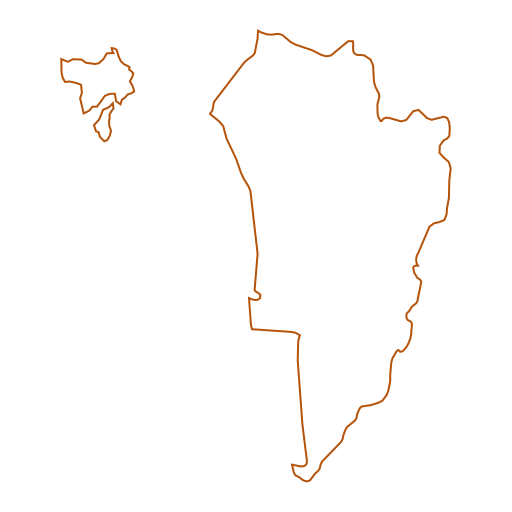 map outline of Kedah (Natural Earth projection)
{"feature_id": "MYS-1140", "entity_name": "Kedah", "entity_type": "State", "adm_level": 1, "iso_a3": "MYS", "parent_name": "Malaysia", "parent_adm1": "", "projection": "natural_earth1", "projection_center": [100.502, 5.804], "detail": "fine", "context": "isolated", "style": "outline", "palette": "amber", "viewbox_px": 512, "rotation_deg": 0, "n_neighbors": 0, "source": "natural_earth", "source_scale": "10m", "svg_char_len": 3455}
<svg xmlns="http://www.w3.org/2000/svg" viewBox="0 0 512 512"><path d="M258.1,30.7L260.7,32.2L266.7,34.3L271.2,34.7L278.2,33.8L282.2,34.9L290.8,42.1L295.7,44.7L312.1,50.2L321.3,54.9L326.1,56.3L330.9,55.5L348.2,41.2L352.8,41.2L353.2,43.1L353.1,50.1L353.8,52.7L356.1,54.6L358.6,55.0L361.4,55.0L364.4,55.5L370.6,59.6L373.1,65.6L373.9,80.4L374.5,84.0L375.7,87.4L378.9,93.7L379.4,96.3L378.8,99.2L378.0,101.8L377.9,102.1L377.4,104.9L377.6,113.9L378.2,116.5L380.5,121.1L381.7,121.0L383.1,118.9L386.4,117.6L390.0,118.2L401.2,121.4L406.3,119.9L413.3,111.2L418.5,109.9L427.1,118.1L431.6,119.8L443.9,116.7L447.3,118.1L449.1,122.1L449.8,128.5L449.3,136.0L446.9,138.7L443.4,140.6L439.8,145.8L439.5,152.9L443.8,157.6L448.8,162.0L450.7,168.2L449.3,180.4L448.9,198.1L447.0,208.3L446.6,214.2L444.5,219.9L439.6,222.0L434.0,223.3L429.5,226.6L418.5,252.4L416.7,255.9L416.1,259.6L416.6,263.1L418.0,265.7L416.3,265.6L415.2,265.8L414.3,266.1L413.6,266.8L413.2,267.7L414.3,272.9L414.8,273.8L415.9,275.3L416.7,277.1L417.3,277.8L419.7,279.4L420.3,280.0L420.8,280.7L421.2,281.5L421.0,283.3L417.4,301.1L416.9,302.2L416.0,303.4L412.7,306.0L411.3,307.6L409.4,310.7L407.1,313.1L406.6,314.0L406.3,315.4L406.6,317.9L407.2,319.3L407.9,320.1L408.7,320.6L409.6,320.9L410.4,321.4L411.1,322.0L411.6,322.9L411.9,324.2L411.9,325.7L411.3,331.1L411.3,333.7L411.1,334.9L410.2,338.9L408.4,343.5L406.8,346.5L403.4,350.6L401.6,351.6L400.2,351.8L399.0,350.5L398.2,350.1L397.2,350.7L396.0,352.2L394.0,355.8L392.8,357.5L391.4,361.8L390.3,373.8L390.1,376.4L390.3,379.0L390.1,381.6L388.3,390.6L387.7,392.6L386.8,394.5L385.8,396.2L382.4,400.7L380.5,401.7L377.7,403.0L370.9,405.1L361.7,406.5L359.8,408.2L357.2,413.9L356.6,417.4L356.4,418.3L355.5,419.8L354.1,421.3L347.5,426.6L346.7,427.7L345.7,429.2L343.7,434.2L342.6,438.9L342.3,439.6L342.1,440.2L341.1,441.9L322.0,461.6L320.8,464.2L319.6,468.7L319.1,469.6L318.6,470.3L314.6,474.2L310.7,479.5L310.1,480.2L309.2,480.7L308.0,481.1L306.3,481.3L304.3,480.7L302.4,479.8L299.7,477.5L296.7,475.9L295.7,475.6L294.0,473.1L292.0,464.7L300.3,466.4L303.5,466.2L304.4,465.9L305.2,465.4L306.0,464.6L306.7,463.3L306.9,462.0L306.9,460.7L302.4,424.3L297.7,360.3L298.2,341.6L298.7,338.9L299.9,335.2L295.3,332.7L291.0,331.9L251.9,329.2L250.9,324.5L249.0,298.0L251.5,299.2L254.7,300.0L257.7,299.8L260.1,298.0L260.4,294.9L258.4,293.0L255.8,291.6L254.6,290.2L257.6,253.8L250.4,190.9L248.1,185.6L244.2,179.6L241.0,172.9L236.2,158.9L226.5,138.5L223.2,126.1L219.1,121.3L210.3,114.2L210.0,113.7L212.1,111.1L213.1,107.2L213.5,104.0L213.9,102.6L214.2,101.7L243.9,62.9L246.6,60.3L253.0,55.4L254.1,54.1L254.8,52.8L257.5,39.0L257.7,36.5L257.7,35.2L258.1,30.7ZM129.9,81.3L132.7,86.2L133.6,89.0L134.1,91.6L131.4,93.3L127.5,94.6L125.2,97.4L121.8,99.9L120.5,104.3L116.1,101.2L114.8,93.7L109.7,93.9L104.8,95.9L100.6,101.9L96.9,106.7L92.5,106.7L89.1,110.7L85.8,112.4L83.7,113.4L80.1,98.3L81.9,92.8L81.1,84.8L76.7,83.1L69.8,81.5L64.9,81.9L62.6,77.5L61.5,72.0L61.3,59.1L67.8,61.8L73.0,59.2L81.7,59.6L85.8,62.7L95.0,64.0L99.1,63.1L103.5,59.0L106.7,53.4L109.3,53.2L113.4,53.1L112.1,50.5L111.7,48.1L114.2,48.5L116.6,49.8L118.7,56.6L120.7,61.0L123.9,64.1L129.5,67.0L129.1,69.6L131.0,70.9L133.3,73.3L132.2,77.1L129.9,81.3ZM99.2,119.5L103.0,109.9L109.3,107.0L112.8,103.2L113.5,108.5L111.5,111.1L109.5,114.6L109.6,118.3L109.1,120.4L109.2,125.4L111.0,130.8L109.9,135.5L107.4,139.9L104.3,141.3L100.0,137.0L98.6,132.2L96.0,131.3L94.0,125.1L99.2,119.5Z" fill="none" stroke="#b45309" stroke-width="2"/></svg>